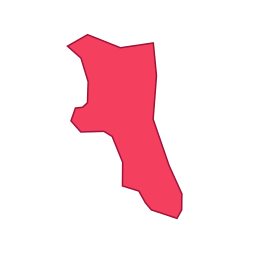 Stockport, Equal Earth projection, rotated 71°
{"feature_id": "GBR-5683", "entity_name": "Stockport", "entity_type": "Metropolitan Borough", "adm_level": 1, "iso_a3": "GBR", "parent_name": "United Kingdom", "parent_adm1": "", "projection": "equal_earth", "projection_center": [-2.122, 53.379], "detail": "fine", "context": "isolated", "style": "filled", "palette": "rose", "viewbox_px": 256, "rotation_deg": 71, "n_neighbors": 0, "source": "natural_earth", "source_scale": "10m", "svg_char_len": 456}
<svg xmlns="http://www.w3.org/2000/svg" viewBox="0 0 256 256"><g transform="rotate(71 128 128)"><path d="M207.8,98.5L222.9,103.9L229.4,111.1L213.0,132.6L204.3,135.9L191.1,138.3L181.0,152.1L158.7,144.2L130.8,145.7L123.3,151.9L116.4,173.9L102.7,179.6L92.0,171.2L93.6,164.2L90.9,158.1L71.3,150.6L46.6,149.7L30.9,158.6L26.6,135.9L49.7,109.0L55.8,76.4L88.0,84.1L127.9,101.4L177.0,101.4L207.8,98.5Z" fill="#f43f5e" stroke="#9f1239" stroke-width="1.5"/></g></svg>